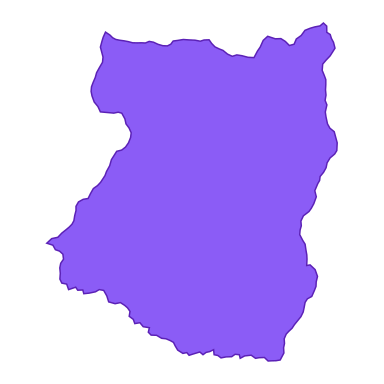 Dracena, São Paulo, Brazil (orthographic projection)
{"feature_id": "56859067B75593552832457", "entity_name": "Dracena", "entity_type": "district", "adm_level": 2, "iso_a3": "BRA", "parent_name": "Brazil", "parent_adm1": "São Paulo", "projection": "orthographic", "projection_center": [-51.588, -21.557], "detail": "fine", "context": "isolated", "style": "filled", "palette": "violet", "viewbox_px": 384, "rotation_deg": 0, "n_neighbors": 0, "source": "geoboundaries", "source_scale": "gbopen_adm2", "svg_char_len": 2864}
<svg xmlns="http://www.w3.org/2000/svg" viewBox="0 0 384 384"><path d="M326.7,26.1L323.4,23.0L320.0,25.9L314.8,26.9L310.3,28.2L305.0,30.3L301.2,35.5L296.3,39.0L294.1,44.2L289.4,45.5L285.3,41.4L280.9,38.6L275.3,38.8L267.7,36.3L263.2,40.4L260.2,47.1L257.5,51.0L254.0,57.6L248.0,57.3L241.9,55.7L236.8,54.9L232.3,56.3L227.5,54.1L223.0,50.4L219.4,49.0L215.0,46.9L211.6,43.4L209.1,39.8L204.0,40.0L200.3,41.2L195.1,40.2L188.8,39.9L183.3,39.5L177.8,40.4L173.2,41.0L170.8,44.2L167.4,45.9L162.8,45.7L158.0,44.3L153.5,42.2L149.2,41.4L145.4,43.0L141.5,42.8L137.4,42.9L132.7,42.8L128.2,41.6L123.9,40.8L119.5,40.2L115.7,39.4L112.6,37.7L110.0,35.1L105.5,32.1L103.2,37.2L101.9,41.5L100.4,47.1L103.0,57.0L102.5,62.3L99.3,67.8L96.6,72.7L95.3,77.4L93.1,82.5L91.5,86.8L91.1,91.4L92.0,95.9L94.2,102.0L97.9,106.5L100.4,111.9L113.8,113.1L118.2,112.2L121.8,113.2L124.9,118.9L126.0,123.9L129.0,127.9L131.2,132.8L130.6,137.5L128.5,142.8L125.5,147.1L121.6,150.1L116.7,151.3L111.4,159.7L109.7,165.7L106.5,171.5L105.0,175.6L100.6,182.3L97.5,185.6L93.4,188.5L90.6,193.4L88.1,198.5L83.2,199.3L78.5,201.9L76.0,206.3L76.0,210.5L74.7,215.7L73.9,220.7L72.0,224.2L69.3,227.0L66.2,229.6L61.8,233.1L57.8,237.3L51.7,238.6L46.8,243.2L52.9,245.2L55.4,249.7L59.5,251.1L62.9,254.2L63.5,259.2L60.7,263.3L59.8,267.9L60.3,273.3L59.9,279.1L61.8,283.1L66.7,284.1L68.6,289.6L75.7,287.2L77.7,290.2L82.8,290.0L83.8,293.7L89.3,293.1L95.5,291.8L99.2,289.6L103.7,290.4L106.8,295.9L108.7,301.9L115.1,303.7L120.4,302.6L124.6,305.3L127.5,307.8L130.0,311.4L129.2,316.3L133.3,319.4L134.8,323.6L139.9,322.7L143.2,326.7L149.4,327.7L148.3,332.2L151.1,335.1L156.6,335.3L161.6,338.3L166.1,338.8L170.3,340.6L173.5,342.4L175.2,345.9L177.7,350.1L182.9,353.4L186.8,352.6L189.1,355.3L193.8,353.8L199.8,352.0L203.0,354.7L206.1,352.4L209.7,351.6L213.6,349.7L214.1,354.7L217.9,355.5L221.0,357.9L226.1,356.9L231.7,356.7L235.1,354.3L239.3,354.7L240.2,358.3L244.7,355.9L251.2,355.2L255.5,358.3L259.1,357.7L264.4,357.5L268.1,361.0L271.7,360.8L276.0,360.7L280.2,360.0L283.9,353.0L283.6,347.7L284.5,343.5L284.2,338.8L286.2,334.1L288.7,331.4L292.1,328.2L294.4,324.7L297.4,321.0L300.9,316.7L303.2,312.0L304.1,307.7L305.1,302.4L307.4,298.8L311.8,296.4L314.3,290.7L316.0,286.4L316.2,281.9L317.5,276.4L315.1,269.6L310.1,264.9L306.7,265.5L307.0,259.2L306.8,254.9L305.9,249.7L305.1,244.2L302.8,240.5L299.7,234.6L300.1,230.0L301.3,225.8L300.9,221.1L303.4,215.8L309.0,211.5L311.3,208.3L313.8,203.7L316.3,196.8L314.8,190.7L317.8,183.6L319.6,180.5L320.1,176.5L323.5,172.4L326.1,167.7L327.1,162.8L330.1,157.9L334.7,154.0L336.8,150.6L337.2,142.8L334.2,131.7L329.9,128.2L327.5,123.9L326.0,116.9L325.3,112.0L326.9,104.9L325.1,100.4L326.0,95.1L325.5,89.9L325.8,84.7L325.8,79.6L324.3,75.5L322.2,70.4L322.7,64.1L326.0,60.2L330.1,55.9L335.0,48.2L333.5,42.3L331.4,38.4L330.2,34.5L326.8,32.3L326.7,26.1Z" fill="#8b5cf6" stroke="#5b21b6" stroke-width="1.5"/></svg>